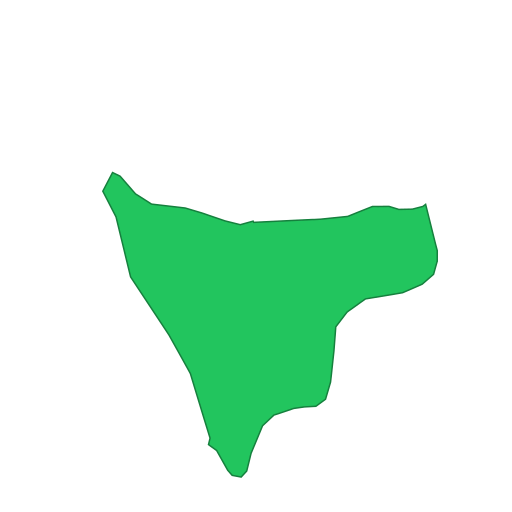 the district of Wee-Gbehyi-Mahn, Nimba, Liberia, rotated 49°
{"feature_id": "62588387B71258849496296", "entity_name": "Wee-Gbehyi-Mahn", "entity_type": "district", "adm_level": 2, "iso_a3": "LBR", "parent_name": "Liberia", "parent_adm1": "Nimba", "projection": "mercator", "projection_center": [-8.856, 6.902], "detail": "fine", "context": "isolated", "style": "filled", "palette": "green", "viewbox_px": 512, "rotation_deg": 49, "n_neighbors": 0, "source": "geoboundaries", "source_scale": "gbopen_adm2", "svg_char_len": 1235}
<svg xmlns="http://www.w3.org/2000/svg" viewBox="0 0 512 512"><g transform="rotate(49 256 256)"><path d="M408.7,309.4L409.7,297.5L400.1,282.5L394.3,276.2L386.4,267.7L378.8,259.5L365.4,245.9L361.8,242.3L358.6,226.7L358.1,224.1L358.2,222.2L358.6,218.4L359.5,208.7L360.2,201.5L375.1,177.3L379.9,169.4L383.0,159.6L386.3,149.0L386.3,137.0L386.3,134.0L379.3,123.4L378.9,122.7L370.9,115.7L365.2,112.9L349.1,104.7L328.3,94.1L328.1,97.5L323.2,107.3L314.5,117.7L313.3,118.4L305.8,123.1L298.8,131.3L295.8,134.7L295.0,135.7L289.9,150.3L286.3,160.8L278.7,171.6L275.3,176.4L274.9,177.0L270.6,183.1L266.4,188.5L265.9,189.0L251.6,207.1L229.1,235.7L227.8,235.3L222.4,246.6L222.1,247.3L209.1,256.4L193.1,265.7L190.6,267.1L187.9,268.7L173.4,277.9L169.1,281.8L148.3,300.8L133.3,305.2L130.1,306.2L106.6,306.2L98.9,309.5L106.6,329.1L134.7,336.0L152.1,345.0L161.2,349.7L164.5,351.4L168.9,353.7L189.4,364.3L190.6,364.5L251.1,372.5L258.5,373.5L278.1,377.6L298.8,382.0L301.8,382.7L321.2,391.4L341.1,400.3L363.4,410.2L363.7,410.7L367.2,415.6L377.0,413.3L399.1,417.9L405.9,417.9L413.1,412.2L412.2,404.1L401.7,389.2L388.4,362.4L388.3,359.5L387.8,346.8L389.5,342.9L395.8,327.5L401.7,318.4L408.7,309.4Z" fill="#22c55e" stroke="#15803d" stroke-width="1.5"/></g></svg>